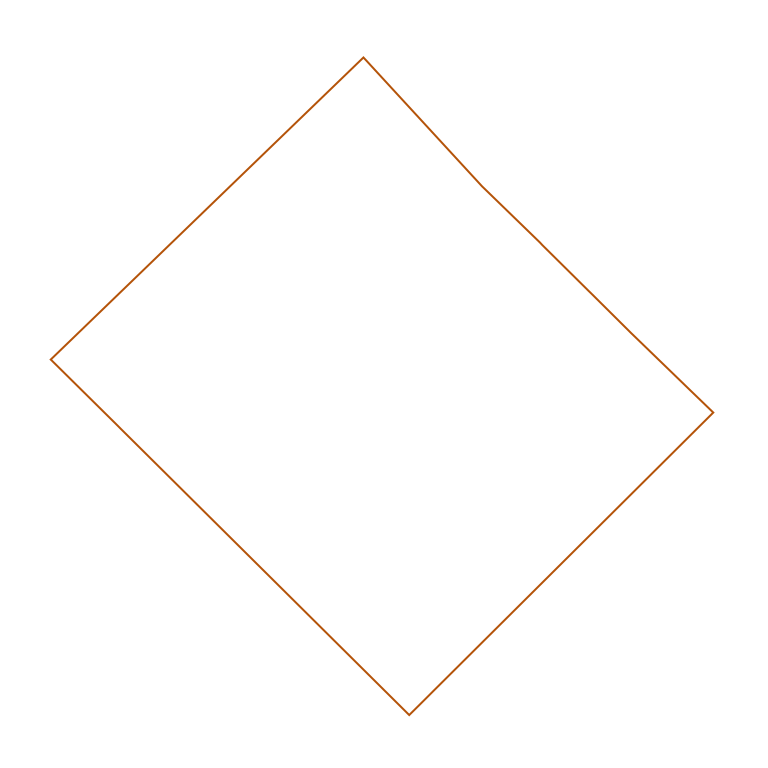 Stokes, North Carolina, United States of America, rotated 44°
{"feature_id": "52423323B34539030227097", "entity_name": "Stokes", "entity_type": "district", "adm_level": 2, "iso_a3": "USA", "parent_name": "United States of America", "parent_adm1": "North Carolina", "projection": "orthographic", "projection_center": [-80.2, 36.404], "detail": "fine", "context": "isolated", "style": "outline", "palette": "amber", "viewbox_px": 768, "rotation_deg": 44, "n_neighbors": 0, "source": "geoboundaries", "source_scale": "gbopen_adm2", "svg_char_len": 405}
<svg xmlns="http://www.w3.org/2000/svg" viewBox="0 0 768 768"><g transform="rotate(44 384 384)"><path d="M632.1,604.6L632.1,604.3L632.5,586.0L632.8,569.1L634.2,498.9L640.7,175.8L609.2,175.8L526.2,175.7L469.0,174.9L466.5,174.9L401.6,174.1L398.1,173.9L317.3,173.7L152.7,164.0L151.4,163.9L142.4,163.4L127.3,597.9L222.0,599.0L225.8,599.1L632.1,604.6Z" fill="none" stroke="#b45309" stroke-width="2"/></g></svg>